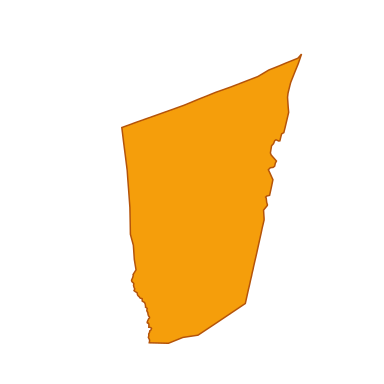 San Sebastián Nicananduta, Oaxaca, Mexico (Robinson projection), rotated 191°
{"feature_id": "50627088B60877418220141", "entity_name": "San Sebastián Nicananduta", "entity_type": "district", "adm_level": 2, "iso_a3": "MEX", "parent_name": "Mexico", "parent_adm1": "Oaxaca", "projection": "robinson", "projection_center": [-97.675, 17.518], "detail": "fine", "context": "isolated", "style": "filled", "palette": "amber", "viewbox_px": 384, "rotation_deg": 191, "n_neighbors": 0, "source": "geoboundaries", "source_scale": "gbopen_adm2", "svg_char_len": 2402}
<svg xmlns="http://www.w3.org/2000/svg" viewBox="0 0 384 384"><g transform="rotate(191 192 192)"><path d="M244.4,138.7L239.4,128.5L235.7,114.6L232.1,104.9L234.1,99.7L233.8,99.3L233.8,97.9L233.9,96.7L234.5,93.9L234.3,93.2L233.7,92.4L232.4,91.7L232.0,91.3L231.6,90.9L231.6,89.9L231.6,89.2L231.1,88.1L230.9,87.7L230.5,87.0L229.7,85.9L230.1,84.1L228.9,83.5L226.5,82.5L226.0,80.9L225.3,80.0L224.4,79.4L223.7,79.0L223.1,78.3L222.4,77.9L221.8,77.9L220.6,77.8L220.4,76.9L220.2,76.4L220.1,75.5L218.9,75.0L218.0,74.7L217.4,74.3L216.6,73.2L216.2,72.1L215.7,70.7L215.7,70.1L215.0,69.8L214.3,69.5L213.7,69.0L213.8,68.1L213.7,66.7L213.0,66.1L213.0,65.8L212.4,65.3L212.1,64.5L212.1,64.1L211.3,62.5L210.9,61.9L210.1,61.5L209.7,60.6L209.7,60.1L210.1,59.7L210.4,59.2L210.8,57.6L211.1,56.4L211.1,55.3L210.8,54.9L210.3,54.8L210.1,55.0L209.1,54.1L208.8,52.4L208.6,51.0L208.2,51.1L207.6,51.1L207.0,51.0L206.1,50.8L205.7,50.4L205.8,49.7L205.9,49.0L206.2,48.4L206.5,48.0L206.9,47.8L207.0,47.0L206.9,46.7L206.9,46.2L207.1,45.4L207.2,45.0L207.4,44.6L207.3,43.9L207.0,42.6L207.1,40.9L206.8,40.5L206.2,39.8L205.4,38.6L205.3,38.1L205.2,37.0L205.2,36.2L205.3,36.0L205.5,35.8L205.9,35.7L186.3,39.0L173.2,47.5L158.8,52.6L143.4,67.8L118.4,92.7L118.3,95.8L118.1,103.5L118.0,107.1L117.8,111.5L117.7,116.6L117.5,121.1L117.5,122.7L117.5,124.0L117.3,128.0L117.3,130.3L117.1,136.3L116.9,141.5L116.8,144.6L116.7,149.3L116.5,156.6L116.5,157.5L116.4,160.5L116.3,164.3L116.2,170.8L116.0,175.4L115.9,178.3L116.3,180.2L117.0,182.8L118.3,187.9L115.5,193.1L115.5,193.5L115.6,194.1L116.0,194.7L116.7,196.1L118.0,200.2L118.8,201.0L117.7,202.4L115.2,203.5L115.0,211.3L114.9,219.5L116.4,221.6L119.0,225.3L121.3,228.4L120.2,230.1L119.7,230.8L117.1,231.6L115.8,233.1L115.7,236.2L115.0,238.5L119.9,242.3L121.5,243.6L122.5,245.3L122.6,248.2L122.7,252.6L121.2,255.0L120.6,258.2L119.5,259.3L116.6,258.6L115.5,259.0L115.3,263.3L115.1,266.2L113.2,267.8L113.1,269.8L112.9,273.3L112.3,288.5L112.5,289.3L113.8,293.8L115.9,301.7L116.3,303.3L116.6,307.4L116.2,315.6L116.0,318.5L113.8,330.1L112.2,338.1L110.8,348.3L113.6,343.5L123.7,337.0L130.4,332.5L139.9,326.4L149.4,317.9L158.5,312.2L173.6,302.7L187.4,294.6L204.4,283.6L216.6,275.5L240.0,261.6L249.7,255.9L258.9,250.5L273.2,241.9L270.9,234.8L268.8,228.3L264.0,213.8L259.7,200.7L257.9,193.9L254.2,180.4L250.0,164.9L247.0,151.0L245.2,142.5L244.4,138.7Z" fill="#f59e0b" stroke="#b45309" stroke-width="1.5"/></g></svg>